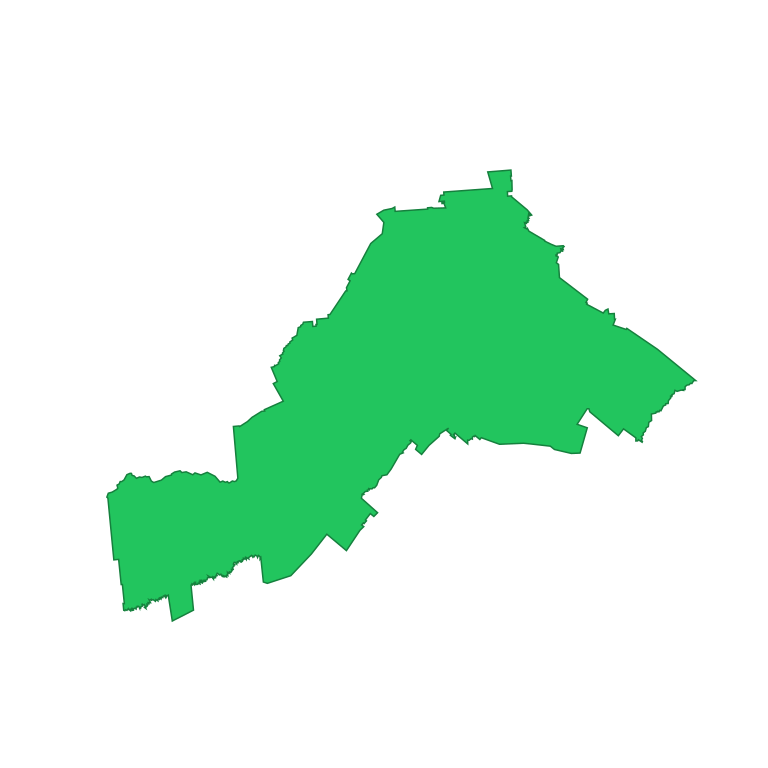 the district of Warren, New South Wales, Australia, rotated 257°
{"feature_id": "25037944B92926148840872", "entity_name": "Warren", "entity_type": "district", "adm_level": 2, "iso_a3": "AUS", "parent_name": "Australia", "parent_adm1": "New South Wales", "projection": "albers", "projection_center": [147.59, -31.296], "detail": "fine", "context": "isolated", "style": "filled", "palette": "green", "viewbox_px": 768, "rotation_deg": 257, "n_neighbors": 0, "source": "geoboundaries", "source_scale": "gbopen_adm2", "svg_char_len": 6122}
<svg xmlns="http://www.w3.org/2000/svg" viewBox="0 0 768 768"><g transform="rotate(257 384 384)"><path d="M269.2,622.4L269.9,622.9L271.3,622.2L272.8,623.5L274.9,622.9L276.1,625.3L278.0,625.5L279.2,628.0L282.5,629.8L283.0,632.0L287.1,633.4L288.2,636.5L294.6,637.8L294.5,642.3L295.6,643.0L295.2,643.8L295.8,644.5L295.0,645.6L296.3,646.8L295.6,647.8L299.8,651.3L300.2,653.7L301.4,654.1L301.1,656.5L303.8,657.4L305.9,660.2L306.8,660.2L307.0,661.4L307.8,660.9L308.0,662.1L308.9,662.2L309.3,664.5L312.4,666.1L310.9,667.9L311.2,672.1L310.4,674.4L311.1,674.3L310.9,676.1L313.7,676.8L314.8,679.1L314.6,681.1L315.7,682.8L315.2,684.1L317.6,686.5L317.2,688.5L356.4,658.2L383.6,633.1L382.7,632.2L389.9,620.5L395.1,624.0L395.2,623.2L400.9,624.2L401.8,618.8L406.7,619.1L406.0,616.2L403.8,613.6L416.1,599.4L417.1,600.2L418.0,599.1L420.8,601.5L448.2,578.9L461.2,581.0L463.4,579.2L468.5,582.3L469.5,581.9L469.9,580.5L471.0,580.4L471.2,581.8L472.5,582.2L472.4,585.0L473.9,586.4L473.0,588.5L474.9,586.7L476.0,586.6L474.9,588.9L476.5,588.7L477.4,590.4L478.4,589.8L479.5,582.6L482.7,578.1L487.0,572.8L487.7,572.9L500.3,559.6L503.5,558.7L503.0,558.0L504.8,555.9L505.1,557.5L509.6,557.2L508.6,558.7L510.3,558.8L509.0,559.4L509.4,560.8L511.0,560.4L510.8,561.7L513.0,561.5L512.9,562.5L514.2,562.0L517.8,563.5L516.5,564.4L515.1,563.4L515.4,565.9L521.6,562.6L537.6,550.5L538.6,550.6L539.2,546.7L543.7,547.5L543.0,551.9L544.4,552.5L553.5,554.4L553.5,553.4L558.2,554.1L558.0,554.9L563.9,555.8L567.3,532.8L550.1,533.7L557.6,485.4L554.6,484.9L555.1,481.7L549.4,478.6L548.6,484.0L547.4,483.8L548.5,481.4L546.8,481.1L546.5,483.1L541.7,483.7L544.1,471.9L545.3,470.2L545.9,466.1L544.6,465.9L549.7,433.7L554.0,434.3L553.2,431.4L553.4,422.9L551.0,415.2L541.5,420.2L530.8,416.1L523.9,402.7L498.1,380.3L498.5,377.8L499.4,377.2L494.0,372.5L492.2,374.2L486.3,369.1L483.1,368.9L483.3,367.6L463.9,347.0L464.1,345.1L460.7,344.6L462.3,332.9L457.1,332.1L457.3,331.1L455.6,330.8L456.1,327.6L461.0,328.3L462.3,319.4L460.5,318.3L459.8,316.1L458.6,315.7L458.2,313.1L451.0,310.0L449.4,304.8L447.4,304.9L446.1,301.7L444.9,301.5L444.6,299.7L443.1,298.8L443.4,297.5L442.0,296.6L441.3,294.5L439.2,293.5L438.5,294.0L436.9,292.0L435.9,292.1L435.0,288.8L432.5,289.8L430.9,287.6L429.4,287.5L428.7,285.9L427.4,285.9L426.3,282.5L426.8,281.6L425.6,281.1L425.6,277.9L410.4,280.5L409.3,276.2L389.9,282.0L385.9,261.6L384.5,261.7L384.9,258.7L381.2,247.9L378.1,242.5L375.0,233.8L375.7,233.5L376.5,227.7L325.1,220.4L322.9,218.3L322.5,216.5L323.6,214.4L322.4,211.3L322.7,210.2L324.1,209.5L323.9,207.3L325.7,205.1L325.2,202.2L332.1,198.6L337.7,191.9L336.6,185.2L339.9,179.8L338.6,177.3L342.9,171.5L343.2,167.1L345.3,165.8L345.3,160.1L344.1,156.7L343.1,156.4L342.9,150.3L340.4,145.4L339.8,137.5L341.7,135.5L346.6,134.3L347.0,131.6L347.9,130.8L347.4,127.2L348.4,124.8L347.8,121.6L350.7,119.8L351.6,118.0L353.7,117.8L354.1,116.5L353.5,113.1L349.0,109.1L347.9,106.5L348.3,105.0L346.2,103.5L345.5,101.1L342.4,101.2L341.5,100.0L339.8,94.8L339.6,90.8L336.1,88.5L334.9,89.3L273.4,81.2L272.8,86.0L247.7,82.8L247.5,84.0L228.4,81.6L228.8,80.4L222.1,79.5L221.4,80.5L222.2,81.5L221.3,82.6L222.5,84.2L221.7,84.2L221.6,86.0L220.7,85.5L219.8,86.2L221.6,87.5L220.0,88.0L220.0,88.9L221.9,88.5L221.2,89.9L221.6,90.8L220.5,91.8L222.2,92.4L222.2,93.4L222.9,93.6L222.5,95.0L220.3,95.5L221.2,95.8L220.5,96.5L221.5,96.9L222.0,98.8L224.5,98.6L222.7,99.6L223.1,100.8L221.0,101.5L220.3,100.3L219.0,101.4L219.8,101.3L220.9,103.3L222.7,103.4L222.1,104.1L222.8,104.3L222.7,105.5L224.1,105.0L223.4,107.3L226.5,106.6L226.0,107.1L226.6,108.7L225.6,108.8L225.9,110.5L223.7,112.4L225.3,113.3L223.6,114.9L224.8,115.0L225.3,116.1L224.0,116.8L225.9,116.7L226.2,117.6L224.7,118.4L226.4,119.2L225.6,120.4L227.1,121.3L227.1,122.3L224.7,123.3L225.7,124.2L227.1,123.9L226.4,124.9L226.8,126.3L200.7,124.4L206.5,147.5L231.3,150.7L231.8,151.3L231.4,151.9L232.4,152.1L231.6,152.9L233.0,154.3L231.2,154.4L232.6,155.7L231.0,155.5L230.7,157.5L231.8,158.2L230.6,159.7L232.8,159.7L231.5,161.5L234.0,160.7L233.8,162.3L231.6,162.8L233.0,164.2L232.0,164.2L231.9,165.7L232.9,165.5L233.1,167.5L235.0,168.5L234.7,170.1L236.5,169.5L234.6,171.6L234.5,172.9L232.4,173.9L234.4,174.2L233.1,175.3L233.2,176.3L234.4,176.1L234.8,178.2L235.5,177.6L237.1,178.9L234.8,181.1L235.4,182.3L232.9,183.1L232.2,184.5L233.4,184.4L231.4,187.2L232.8,187.2L233.2,187.9L232.4,188.7L235.6,189.1L234.5,189.7L235.3,190.5L234.3,191.1L235.6,191.4L235.0,192.5L236.2,193.8L237.7,193.7L237.6,194.5L236.9,194.5L237.3,195.4L239.1,195.0L240.5,197.0L241.5,196.8L241.5,197.9L242.7,196.9L243.9,197.8L243.8,198.7L241.9,199.9L242.7,200.0L242.7,201.7L243.8,201.2L244.3,203.7L243.8,204.4L242.7,203.6L243.2,204.4L242.6,204.9L243.2,206.2L244.7,206.4L244.4,207.4L245.8,207.8L244.7,209.0L246.0,209.8L244.2,210.4L245.8,210.9L244.0,212.9L245.2,212.8L246.8,216.4L244.9,217.2L245.7,217.7L244.8,218.4L246.3,220.0L244.9,221.6L243.4,221.8L245.2,223.1L243.7,224.4L241.4,223.9L242.4,224.9L218.2,221.9L216.0,225.5L218.2,250.1L234.7,275.0L250.5,294.5L230.1,309.9L246.8,327.6L249.6,332.2L251.7,330.5L253.3,332.7L252.5,333.2L254.6,336.1L255.7,335.3L260.8,341.5L257.2,344.3L260.0,348.8L277.7,336.3L280.7,337.6L280.9,339.2L281.7,338.2L282.3,339.7L281.8,340.2L282.4,340.0L283.5,341.6L283.2,344.0L284.3,343.9L284.3,345.0L285.3,345.4L284.4,346.0L285.2,346.4L284.5,348.8L285.4,350.1L285.0,351.5L286.9,354.1L291.8,357.3L293.6,360.4L295.1,361.4L294.9,366.4L299.5,371.8L312.0,383.5L312.6,387.2L313.4,386.6L315.5,388.7L316.3,391.1L319.0,393.5L320.6,396.7L321.7,397.5L323.0,396.6L323.6,397.6L316.7,402.7L313.2,400.1L306.9,404.8L314.1,414.1L320.6,426.0L322.9,427.1L326.5,437.0L324.7,434.5L319.9,438.0L319.2,437.1L318.1,437.9L314.7,440.8L316.1,441.7L316.0,440.8L318.4,441.0L318.9,440.3L320.2,442.1L306.8,452.1L310.5,452.9L310.0,454.2L311.1,456.5L310.4,457.7L312.4,458.2L313.0,459.4L312.4,460.4L313.3,461.2L308.4,464.9L309.8,466.7L299.3,483.0L294.9,506.6L292.5,513.7L286.0,532.1L281.9,535.3L274.2,550.9L272.6,559.5L295.6,572.2L301.3,563.1L314.2,576.4L313.8,578.1L310.6,578.3L280.9,600.7L286.4,607.3L274.9,617.3L271.8,616.6L271.5,618.4L272.5,619.3L269.2,622.4Z" fill="#22c55e" stroke="#15803d" stroke-width="1.5"/></g></svg>